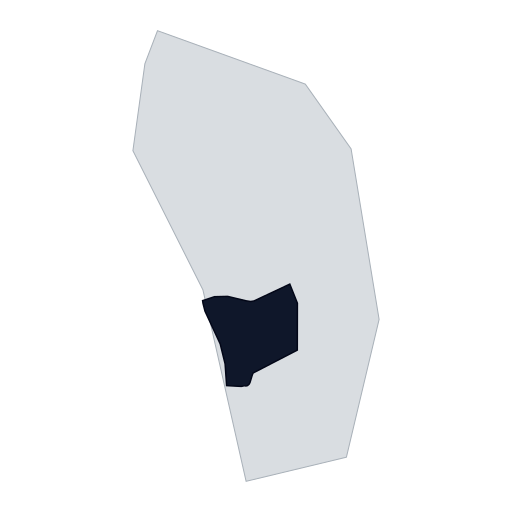 where Saint Paul sits in Dominica
{"feature_id": "DMA-1440", "entity_name": "Saint Paul", "entity_type": "Parish", "adm_level": 1, "iso_a3": "DMA", "parent_name": "Dominica", "parent_adm1": "", "projection": "mercator", "projection_center": [-61.378, 15.359], "detail": "fine", "context": "in_parent", "style": "filled", "palette": "ink", "viewbox_px": 512, "rotation_deg": 0, "n_neighbors": 0, "source": "natural_earth", "source_scale": "10m", "svg_char_len": 695}
<svg xmlns="http://www.w3.org/2000/svg" viewBox="0 0 512 512"><path d="M346.4,457.2L246.1,481.3L202.9,289.8L132.9,150.7L144.9,63.7L157.5,30.7L305.3,84.1L351.1,148.9L379.1,319.4L346.4,457.2Z" fill="#d9dde1" stroke="#a8b0b8" stroke-width="1"/><path d="M226.6,385.6L225.1,363.9L220.2,343.9L205.0,311.2L203.0,303.4L202.6,300.6L214.5,296.7L227.7,296.4L246.0,300.8L250.6,301.5L253.9,301.0L289.8,284.1L297.4,303.2L297.3,350.1L253.1,373.0L252.8,373.8L252.6,374.2L252.4,374.6L250.0,382.5L249.1,384.2L247.5,385.6L246.6,385.8L245.9,386.0L245.5,385.9L245.0,385.8L244.5,385.8L244.0,385.8L241.9,386.3L241.3,386.4L239.4,386.3L239.0,386.3L226.6,385.6Z" fill="#0f172a" stroke="#020617" stroke-width="1.5"/></svg>